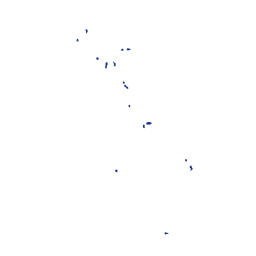 map outline of Tuamotu-Gambier (Albers equal-area conic projection), rotated 35°
{"feature_id": "PYF-4965", "entity_name": "Tuamotu-Gambier", "entity_type": "state/province", "adm_level": 1, "iso_a3": "PYF", "parent_name": "French Polynesia", "parent_adm1": "", "projection": "albers", "projection_center": [-142.294, -18.652], "detail": "medium", "context": "isolated", "style": "filled", "palette": "blue", "viewbox_px": 256, "rotation_deg": 35, "n_neighbors": 0, "source": "natural_earth", "source_scale": "10m", "svg_char_len": 1781}
<svg xmlns="http://www.w3.org/2000/svg" viewBox="0 0 256 256"><g transform="rotate(35 128 128)"><path d="M143.1,112.4L142.4,112.8L141.6,113.5L141.2,113.6L140.9,113.4L141.1,112.7L141.7,111.9L143.5,111.0L143.9,111.0L143.9,111.3L143.8,111.6L143.1,112.4ZM142.7,169.4L142.9,169.2L143.2,169.4L143.6,170.1L143.2,170.3L142.9,170.2L142.6,169.8L142.7,169.4ZM62.8,88.3L63.2,88.2L63.5,88.4L63.7,88.8L63.5,89.1L62.8,88.9L62.6,88.7L62.8,88.3ZM75.6,91.6L75.4,91.4L75.0,90.6L74.6,90.2L74.3,89.5L74.1,88.8L73.8,88.4L73.7,87.7L73.9,88.3L74.3,88.9L74.5,89.9L75.1,90.6L75.5,91.4L75.6,91.6ZM36.4,85.5L36.1,85.3L36.0,85.0L36.1,84.7L36.7,85.3L36.4,85.5ZM82.0,64.5L82.7,63.8L83.3,63.5L83.6,63.1L82.0,63.5L82.5,63.3L83.2,63.2L83.6,63.0L83.7,63.3L82.7,63.9L82.0,64.5ZM141.0,118.8L140.7,118.3L140.0,117.8L139.7,117.2L139.0,116.4L139.6,116.8L140.0,117.5L140.9,118.4L141.0,118.8ZM218.9,192.7L219.2,192.7L219.7,192.3L220.0,192.2L219.4,193.0L218.9,192.8L218.9,192.7ZM38.9,72.7L38.3,72.1L38.0,71.9L37.0,71.6L38.3,71.8L38.8,72.1L38.9,72.7ZM105.2,96.0L104.2,95.3L102.9,95.3L104.1,95.2L104.4,95.3L105.2,96.0ZM194.6,121.9L193.3,120.5L194.1,121.1L194.5,121.5L194.6,121.9ZM81.5,85.0L81.2,84.3L80.5,83.2L80.0,82.9L80.4,82.9L80.6,83.2L81.4,84.3L81.5,85.0ZM99.1,94.1L98.7,93.4L98.2,93.1L97.5,92.8L98.5,93.1L98.9,93.5L99.1,94.1ZM203.7,125.2L203.6,124.9L203.4,124.7L202.7,124.4L201.8,123.8L201.7,123.7L201.6,124.0L201.4,123.7L201.7,123.6L202.1,123.8L202.7,124.3L203.5,124.6L203.8,124.9L203.7,125.2ZM116.6,109.9L116.8,109.6L115.7,108.6L116.6,109.2L116.9,109.6L116.6,109.9ZM73.7,87.3L72.4,87.4L73.5,87.1L73.7,87.3ZM79.3,66.8L78.9,67.2L78.4,67.4L78.3,67.2L78.8,66.2L78.4,67.3L78.7,67.2L79.3,66.8ZM102.6,95.5L101.9,95.5L100.7,94.7L101.2,94.8L102.0,95.4L102.6,95.5Z" fill="#3b82f6" stroke="#1e3a8a" stroke-width="1.5"/></g></svg>